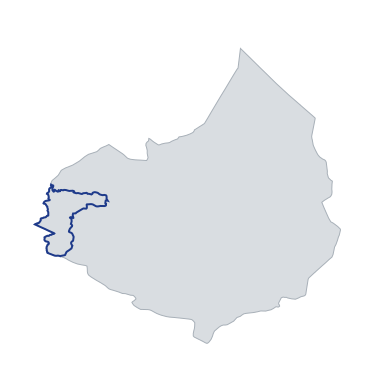 location of Tigray within Ethiopia, rotated 277°
{"feature_id": "ETH-3110", "entity_name": "Tigray", "entity_type": "Administrative State", "adm_level": 1, "iso_a3": "ETH", "parent_name": "Ethiopia", "parent_adm1": "", "projection": "equal_earth", "projection_center": [38.617, 13.565], "detail": "fine", "context": "in_parent", "style": "outline", "palette": "blue", "viewbox_px": 384, "rotation_deg": 277, "n_neighbors": 0, "source": "natural_earth", "source_scale": "10m", "svg_char_len": 7912}
<svg xmlns="http://www.w3.org/2000/svg" viewBox="0 0 384 384"><g transform="rotate(277 192 192)"><path d="M88.4,289.5L88.1,289.0L86.4,287.1L84.7,284.7L83.7,281.9L82.8,279.7L82.3,274.7L81.1,271.6L79.9,267.9L78.2,260.7L77.4,258.3L76.0,256.6L74.5,255.1L72.9,251.9L68.9,249.1L67.3,246.9L64.6,243.2L64.0,241.3L63.8,239.4L63.0,237.6L61.5,235.6L56.8,231.3L55.5,230.8L53.8,230.3L51.4,229.9L48.1,228.9L45.2,227.2L43.9,226.0L43.6,225.2L43.9,223.8L44.9,221.4L46.9,215.8L48.3,211.9L49.3,210.8L51.8,210.5L54.5,210.7L56.5,211.0L59.2,211.0L62.6,210.7L63.9,209.4L65.0,207.9L65.4,207.0L65.5,204.5L65.5,202.4L65.4,194.7L65.3,190.0L65.1,184.6L65.2,183.5L65.2,182.2L66.0,176.4L66.8,173.1L67.3,171.4L69.5,165.9L69.9,164.1L69.9,162.5L69.2,155.2L70.6,151.7L72.3,148.3L73.8,146.8L75.1,145.8L75.7,146.2L77.1,147.8L79.0,149.4L79.9,149.0L81.2,147.7L82.2,146.2L82.1,143.6L83.0,138.3L82.8,135.3L83.8,131.5L84.8,126.1L85.3,122.8L85.9,121.0L88.6,117.2L91.0,112.0L92.6,108.1L95.5,101.9L96.9,99.6L98.1,98.6L99.9,97.9L103.2,97.4L105.6,96.8L105.9,96.0L106.1,94.8L106.2,92.0L106.6,87.1L107.7,82.4L108.9,78.9L109.5,77.3L110.3,75.7L111.2,73.1L112.3,67.4L112.3,63.5L113.9,56.4L114.2,56.4L116.9,55.1L119.5,54.9L122.1,55.8L123.7,56.0L124.5,55.6L125.2,54.4L125.8,52.5L126.9,51.4L128.3,51.2L130.2,53.4L133.2,59.1L133.9,59.4L134.4,59.2L135.9,54.7L137.1,51.1L139.3,44.5L140.6,40.7L141.7,41.8L142.9,43.7L144.2,44.6L145.6,45.2L146.3,45.3L147.2,46.0L150.2,50.8L151.3,51.9L152.7,52.0L158.7,50.5L162.3,47.7L162.9,46.6L163.9,46.6L165.1,47.8L165.5,49.0L166.3,50.5L167.7,50.8L171.2,49.7L172.9,49.0L174.3,49.6L176.1,50.0L177.3,50.0L180.0,51.6L183.3,51.1L184.8,51.2L186.4,51.8L189.0,54.3L192.3,57.2L197.2,59.4L198.1,60.2L200.5,63.6L204.1,70.2L208.9,76.4L214.0,81.3L216.8,84.7L218.7,88.9L220.5,92.7L222.4,94.4L224.1,95.7L225.9,98.6L227.2,101.0L229.0,103.7L227.0,107.5L224.5,112.5L221.5,118.4L220.6,119.9L218.0,123.4L217.5,124.4L217.0,127.0L217.0,131.7L217.4,137.6L217.7,143.1L219.2,143.8L220.8,144.2L222.7,143.5L225.0,142.8L227.8,142.5L230.8,141.4L232.7,140.5L234.6,140.5L236.3,141.5L237.1,142.4L238.3,142.7L239.9,142.6L239.6,143.7L238.7,145.2L237.7,146.7L236.8,148.3L234.7,152.7L234.7,153.3L234.9,154.1L236.0,156.1L237.2,159.4L237.9,162.4L238.4,163.8L239.8,165.5L241.8,168.9L242.9,171.2L245.1,172.4L245.9,175.3L247.6,179.6L249.4,183.0L251.2,185.7L253.1,186.8L253.9,186.8L258.0,191.8L261.1,195.6L261.9,196.2L267.5,198.7L274.0,201.5L279.2,203.8L285.8,206.7L292.3,209.6L298.4,212.4L307.0,216.2L314.0,219.3L319.4,221.8L320.6,222.6L340.4,222.6L335.6,228.9L330.1,236.1L324.3,243.6L320.6,248.5L314.7,256.2L309.8,262.6L304.8,269.6L300.2,276.0L294.3,284.8L290.4,290.5L284.4,299.4L280.6,305.0L280.0,305.3L274.5,304.9L269.2,304.5L262.4,304.0L261.7,304.0L259.7,304.5L258.5,305.0L253.6,306.5L252.7,306.9L248.7,309.3L244.5,312.2L242.4,314.4L240.7,317.5L240.0,319.8L239.2,320.8L237.9,321.6L229.2,323.8L226.7,324.0L222.7,325.7L220.5,328.6L219.9,330.0L217.0,330.0L211.9,330.4L209.7,330.9L208.6,331.0L206.7,331.0L205.1,330.4L204.0,329.7L202.7,327.9L199.8,324.3L197.6,322.1L192.9,324.7L188.7,327.2L182.7,330.8L179.3,333.4L178.3,336.0L175.6,340.7L173.3,343.7L172.4,344.0L167.0,343.4L165.1,342.8L161.9,342.3L157.6,341.3L154.7,340.2L151.6,340.0L147.1,339.6L144.4,338.8L141.6,336.2L137.9,333.1L134.2,329.8L130.4,326.5L125.9,322.6L120.9,318.4L119.8,318.0L119.3,317.9L113.9,317.7L108.3,317.5L104.5,317.4L103.3,316.9L102.5,315.9L101.3,312.8L99.8,310.6L98.2,307.8L98.1,304.0L98.5,299.8L99.0,298.5L98.7,297.1L98.8,295.2L97.9,293.5L92.4,291.5L91.5,291.6L90.6,292.4L89.5,292.9L88.8,292.4L88.3,291.6L88.3,290.4L88.4,289.5Z" fill="#d9dde1" stroke="#a8b0b8" stroke-width="1"/><path d="M112.2,69.1L112.5,67.9L112.5,66.6L112.2,65.3L112.1,64.6L112.1,64.0L112.1,63.4L113.9,56.2L114.3,56.2L114.4,55.7L114.7,55.5L115.0,55.4L115.4,55.3L115.7,55.3L116.3,54.9L116.7,54.8L117.6,54.8L117.8,54.7L118.1,54.5L118.3,54.4L119.6,54.4L120.2,54.5L121.5,55.0L122.2,55.1L122.3,55.2L122.6,55.9L122.8,56.0L123.0,56.1L123.3,56.2L123.7,55.9L123.9,55.9L124.2,55.9L124.4,55.9L124.6,55.7L124.9,55.3L125.0,54.9L125.1,54.3L125.1,53.7L125.1,53.2L125.3,52.7L125.6,52.1L126.2,51.5L126.8,51.3L128.3,51.4L128.7,51.2L129.0,51.1L129.5,51.7L129.8,51.9L130.6,53.3L130.9,53.7L130.9,53.9L131.0,54.3L131.0,54.9L131.0,55.2L131.3,55.4L132.1,56.3L132.2,56.5L132.3,57.0L132.4,57.6L132.5,57.9L132.8,58.0L133.0,58.1L133.3,58.4L133.4,58.7L133.4,59.3L133.5,59.8L133.7,60.1L134.1,60.4L134.3,60.1L135.0,57.9L136.1,54.3L137.4,50.5L138.6,46.5L139.9,42.5L140.7,40.0L141.1,40.4L141.3,40.8L141.7,41.8L141.9,41.9L142.0,42.0L142.0,42.4L142.0,42.5L142.1,42.8L142.2,43.0L142.4,43.0L142.6,43.2L142.7,43.4L142.7,43.6L142.8,43.9L143.0,44.1L145.1,45.2L145.4,45.3L146.6,45.1L147.0,45.1L147.3,45.3L147.5,45.6L147.7,46.0L147.8,46.8L147.9,47.1L148.1,47.3L148.3,47.5L148.5,47.7L148.6,48.0L148.8,49.0L149.0,49.5L149.2,49.9L149.5,50.2L150.6,50.9L150.7,51.1L150.8,51.7L151.0,51.9L151.2,52.2L151.4,52.2L151.5,52.1L152.5,52.1L154.0,51.9L154.7,51.7L155.9,50.8L156.3,50.9L156.7,51.0L157.0,51.1L157.4,51.0L157.8,50.9L158.9,50.3L159.8,50.2L160.2,49.8L160.8,49.1L161.6,48.6L162.0,48.2L162.3,47.7L162.4,47.3L162.3,46.8L162.4,46.3L162.6,46.0L163.4,46.2L163.9,46.4L164.1,46.5L164.5,46.8L164.9,47.3L165.3,47.8L165.5,48.4L166.1,50.6L166.5,51.6L167.0,51.6L167.4,50.7L167.7,50.4L168.2,50.2L169.2,50.5L169.6,50.4L171.2,49.9L172.0,49.3L172.4,48.7L172.5,48.2L172.9,48.2L173.3,48.5L173.6,48.8L174.0,49.5L175.2,50.1L175.7,50.1L176.6,49.9L176.8,49.9L177.5,49.9L178.1,50.1L178.6,50.6L179.6,51.7L179.9,51.9L180.3,52.0L180.7,51.9L181.3,51.2L181.6,51.1L182.0,51.2L181.9,51.3L181.7,51.4L181.7,51.7L181.8,52.0L181.7,52.7L181.7,52.8L181.6,53.1L181.5,53.4L181.4,53.4L181.3,53.5L180.8,53.6L179.3,53.3L178.5,53.0L178.2,53.0L176.8,53.3L176.2,53.8L175.7,54.4L175.5,54.6L175.5,54.8L176.0,55.2L177.2,55.0L177.5,55.4L177.4,55.7L176.6,57.0L176.1,58.4L176.0,58.8L176.1,59.0L176.4,59.0L176.7,59.0L177.1,59.1L177.4,59.3L176.7,60.3L176.6,60.5L176.8,61.0L177.1,61.0L177.4,60.9L177.6,60.8L177.8,61.1L178.0,61.5L178.1,62.1L178.1,62.5L178.0,63.5L178.0,63.9L178.1,64.2L178.4,64.5L178.5,64.7L178.5,64.9L178.5,65.0L178.6,66.6L178.2,69.0L178.1,70.2L178.3,71.1L178.5,72.1L178.7,73.4L178.6,74.5L178.0,75.0L177.3,74.5L177.1,74.8L176.7,76.9L176.7,77.5L177.0,78.6L177.1,79.3L177.0,79.9L176.6,82.6L176.7,82.9L176.8,83.4L176.9,83.5L177.2,83.9L177.3,84.0L177.5,84.1L177.6,84.5L178.0,86.5L178.1,86.8L178.3,87.1L178.3,87.3L178.2,87.7L178.0,88.2L177.8,88.5L177.5,88.6L177.6,89.8L177.6,90.4L177.5,91.1L177.5,91.7L177.4,92.0L177.3,92.4L177.3,92.5L177.9,93.2L178.2,93.4L178.7,93.4L179.1,93.6L179.4,94.0L179.9,95.1L180.0,95.9L179.9,97.2L179.7,98.4L179.4,99.1L178.7,100.1L178.3,101.1L178.1,102.2L178.0,103.5L178.0,104.0L178.3,104.8L178.4,105.3L178.4,105.9L178.3,106.5L178.2,107.1L177.8,107.5L177.2,107.7L176.5,107.9L175.1,108.0L174.9,108.0L173.1,109.4L173.2,108.9L173.2,108.4L173.2,107.8L173.0,107.4L170.5,107.3L169.9,107.5L169.8,108.1L168.4,108.2L168.2,108.2L167.8,107.8L167.5,107.2L167.3,106.4L167.3,105.9L167.0,102.9L166.2,100.3L166.1,99.3L166.2,98.4L167.6,95.0L167.7,93.5L167.5,92.3L167.3,91.4L167.1,90.5L167.0,89.7L166.9,89.2L166.5,89.0L164.3,89.5L163.3,89.5L163.0,89.4L162.7,89.2L162.6,88.8L162.5,88.2L162.5,87.6L162.5,87.1L162.4,86.2L161.9,85.4L157.5,79.7L157.0,79.4L156.7,79.2L156.5,78.7L156.4,77.6L156.1,76.8L156.1,76.6L154.7,76.4L154.3,76.5L154.0,76.5L153.5,76.8L151.9,77.4L151.7,77.2L152.3,75.4L152.3,74.8L152.1,74.4L151.9,74.1L151.7,74.0L151.4,74.2L151.2,74.6L151.0,75.0L150.7,75.5L150.3,75.7L148.3,76.1L147.2,76.0L146.2,75.8L145.5,75.7L145.2,76.2L145.0,76.5L144.6,76.8L144.2,77.1L143.3,77.1L140.7,75.3L138.5,74.7L137.7,74.7L137.3,75.1L136.8,77.0L136.6,77.5L136.3,77.9L136.0,78.2L133.3,79.9L132.7,80.0L129.3,79.9L129.0,79.8L128.9,79.6L128.5,79.1L128.0,78.7L127.4,78.3L127.0,78.2L126.3,78.3L125.9,78.4L124.7,79.2L124.5,79.5L124.2,79.8L123.8,79.7L121.5,79.3L121.1,79.1L120.6,78.4L119.6,77.5L117.4,74.9L117.0,74.7L114.4,73.8L114.1,73.8L113.8,73.4L112.5,69.4L112.2,69.1Z" fill="none" stroke="#1e3a8a" stroke-width="2"/></g></svg>